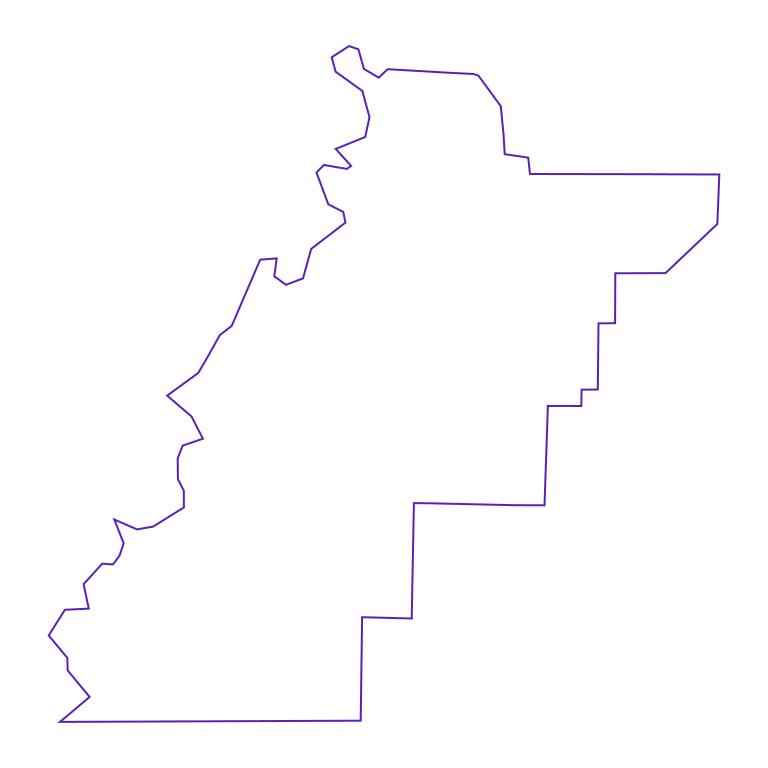 outline of Talladega, Alabama, United States of America
{"feature_id": "52423323B97110600833834", "entity_name": "Talladega", "entity_type": "district", "adm_level": 2, "iso_a3": "USA", "parent_name": "United States of America", "parent_adm1": "Alabama", "projection": "orthographic", "projection_center": [-86.194, 33.401], "detail": "fine", "context": "isolated", "style": "outline", "palette": "violet", "viewbox_px": 768, "rotation_deg": 0, "n_neighbors": 0, "source": "geoboundaries", "source_scale": "gbopen_adm2", "svg_char_len": 1056}
<svg xmlns="http://www.w3.org/2000/svg" viewBox="0 0 768 768"><path d="M665.5,273.1L717.3,224.0L718.0,207.7L719.3,174.5L642.8,174.2L530.0,174.0L528.2,157.6L504.7,154.2L503.6,135.0L500.8,106.2L478.3,75.5L473.3,74.0L450.0,72.8L387.7,69.2L378.7,77.6L363.9,68.9L358.4,49.3L349.0,46.1L331.7,57.3L335.6,71.7L362.4,91.0L369.5,117.3L365.2,137.0L335.7,148.9L351.1,165.9L346.9,168.9L323.9,165.0L316.5,172.5L328.3,204.3L343.3,212.0L345.4,222.6L311.2,248.9L303.0,278.4L286.0,284.8L274.3,276.3L276.7,258.4L260.2,259.7L231.7,325.9L219.9,335.0L207.6,357.0L198.3,372.9L167.2,395.6L191.6,416.6L202.9,438.7L182.7,445.6L177.7,458.3L177.9,479.1L183.8,490.7L183.9,507.4L153.1,526.6L137.0,529.4L114.3,519.5L123.7,543.4L119.4,555.9L113.0,564.4L102.2,563.7L83.6,584.2L88.8,608.6L64.9,609.8L48.7,635.5L67.3,657.8L67.7,670.5L89.6,696.9L60.0,721.9L360.7,720.7L362.1,617.2L411.7,618.5L413.9,503.1L430.3,503.3L514.9,505.2L544.5,505.3L547.9,405.9L581.3,406.0L581.6,389.7L597.8,389.5L598.5,323.4L615.1,323.2L615.3,273.3L665.5,273.1Z" fill="none" stroke="#5b21b6" stroke-width="2"/></svg>